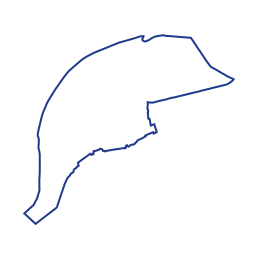 Duyen Hai, Trà Vinh, Vietnam, rotated 177°
{"feature_id": "81297802B81116648730753", "entity_name": "Duyen Hai", "entity_type": "district", "adm_level": 2, "iso_a3": "VNM", "parent_name": "Vietnam", "parent_adm1": "Trà Vinh", "projection": "mercator", "projection_center": [106.448, 9.668], "detail": "fine", "context": "isolated", "style": "outline", "palette": "blue", "viewbox_px": 256, "rotation_deg": 177, "n_neighbors": 0, "source": "geoboundaries", "source_scale": "gbopen_adm2", "svg_char_len": 5303}
<svg xmlns="http://www.w3.org/2000/svg" viewBox="0 0 256 256"><g transform="rotate(177 128 128)"><path d="M102.7,121.1L102.3,121.3L101.7,121.4L101.2,121.6L100.9,121.7L100.5,121.9L100.3,122.0L100.0,122.2L99.8,122.3L99.9,122.5L100.0,122.9L100.0,123.0L99.6,123.2L99.6,123.3L99.7,123.5L99.9,124.2L100.1,124.9L100.2,125.2L100.5,126.2L100.7,126.7L100.8,127.4L101.0,127.9L101.1,128.3L101.2,129.0L101.3,129.4L101.5,130.1L101.5,130.3L102.1,130.3L103.1,130.0L103.5,129.8L104.2,129.5L105.0,129.2L105.3,130.8L105.4,131.7L105.5,132.3L105.7,133.4L105.8,134.7L106.0,135.8L106.0,136.0L106.3,136.1L106.6,136.0L106.9,136.1L107.1,136.2L107.3,136.4L107.3,136.6L107.3,137.1L107.2,138.0L107.2,138.6L107.2,139.1L107.3,139.6L107.3,140.1L107.4,140.8L107.4,141.2L107.5,141.8L107.5,142.1L107.5,142.3L107.4,142.4L107.2,142.5L107.0,142.8L107.0,143.0L107.0,143.3L107.0,143.7L107.1,143.9L107.1,144.2L107.1,144.4L107.0,144.6L107.2,144.9L107.3,145.1L107.4,145.3L107.4,145.5L107.3,146.0L107.4,146.3L107.6,146.5L107.6,146.8L107.6,147.1L107.5,147.3L107.5,147.6L107.4,148.0L107.2,148.9L107.2,149.2L107.2,149.4L107.2,149.6L107.1,149.9L107.1,150.1L107.0,150.3L106.9,150.5L106.9,150.8L107.0,151.2L107.0,151.4L107.0,151.7L107.0,151.9L106.9,152.1L106.9,152.5L106.9,152.8L106.5,152.7L105.2,152.4L103.8,152.1L102.7,152.1L102.0,152.0L99.2,152.6L94.6,153.5L92.2,153.9L88.1,154.6L86.4,155.1L82.5,155.9L80.4,156.1L76.9,156.8L71.3,157.8L62.6,159.5L58.3,160.2L53.5,161.2L52.6,161.4L49.9,161.9L45.9,162.7L44.3,162.9L42.6,163.4L40.3,163.8L31.9,165.4L29.7,165.8L27.8,166.1L26.7,166.5L24.1,167.8L22.5,168.8L21.4,169.7L20.5,170.5L20.0,171.2L21.6,172.1L23.0,172.8L26.2,174.5L29.5,176.7L34.5,179.9L36.3,181.2L38.2,182.4L40.6,183.8L42.0,184.7L42.4,185.1L43.5,186.8L45.8,190.3L49.0,195.6L51.9,200.5L55.0,205.5L58.0,210.8L60.5,214.8L85.6,218.1L88.1,218.8L92.2,218.4L96.1,217.9L99.5,216.5L102.8,214.6L105.9,213.5L107.4,213.7L108.9,214.9L109.1,216.1L107.8,218.2L107.7,218.9L109.2,218.9L112.0,218.7L115.9,217.5L122.8,215.9L132.9,213.6L150.7,207.4L158.1,204.9L165.4,201.5L170.5,198.6L183.9,188.2L186.5,185.4L189.5,181.9L198.4,170.6L204.5,161.9L207.5,157.2L212.3,147.4L213.6,143.6L217.2,131.7L218.5,126.4L218.5,125.0L217.7,122.0L217.7,119.9L218.5,112.4L217.9,110.3L217.5,106.2L218.4,88.9L219.3,80.6L219.7,70.4L222.4,62.6L226.3,56.1L236.0,48.1L228.5,40.4L225.3,37.1L203.3,52.3L203.0,53.0L201.5,56.8L200.0,60.6L198.5,64.5L196.9,68.4L195.3,72.5L194.2,75.3L194.1,75.5L194.0,75.8L193.4,76.8L192.7,78.1L192.4,78.7L192.1,79.4L191.5,80.5L191.2,80.9L191.1,81.2L190.4,81.9L190.2,82.1L190.0,82.3L189.6,82.7L189.2,83.0L188.9,83.2L188.8,83.4L188.6,83.5L188.4,83.9L187.8,84.7L187.6,85.0L187.4,85.3L187.3,85.5L187.1,85.6L186.8,85.8L186.5,85.9L185.9,86.2L185.6,86.3L185.4,86.4L185.1,86.6L185.0,86.8L184.8,86.9L184.7,87.2L184.7,87.6L184.5,88.2L184.4,88.7L184.3,88.9L184.2,89.1L184.0,89.3L183.8,89.6L183.5,89.9L183.3,90.0L182.5,90.4L182.3,90.5L182.1,90.6L181.9,90.8L181.7,91.1L181.2,91.7L181.1,91.9L180.9,92.0L180.7,92.2L180.5,92.3L180.2,92.4L179.9,92.5L179.3,92.7L179.6,95.2L179.8,96.0L178.7,96.7L177.7,97.3L176.8,98.0L175.0,99.1L173.3,100.2L171.6,101.3L168.2,103.5L167.2,104.2L166.8,103.6L166.7,103.5L166.5,103.4L166.0,103.1L165.9,103.1L165.7,103.3L165.6,103.5L165.4,103.7L165.2,103.5L165.0,103.4L164.9,103.4L164.9,103.6L164.9,103.8L164.7,103.9L164.1,103.6L163.9,103.7L163.8,103.8L163.8,104.0L164.0,104.5L164.0,104.8L163.9,105.1L163.7,105.3L163.7,105.5L163.6,105.9L163.6,106.2L163.6,106.6L163.5,106.8L163.4,106.8L163.2,106.6L162.9,106.5L162.7,106.5L162.1,106.7L161.4,107.0L160.7,107.2L160.4,107.1L160.2,107.1L159.9,107.3L159.7,107.5L159.3,107.5L159.1,107.6L158.9,107.7L158.8,107.8L158.6,107.8L158.3,107.9L158.1,107.9L157.8,108.0L157.5,108.2L157.3,108.4L157.2,108.6L156.8,108.7L156.7,108.7L156.4,108.5L156.2,108.5L155.6,108.4L155.4,108.3L155.2,108.2L154.9,108.0L154.8,107.8L154.6,107.7L154.5,107.4L154.4,107.2L154.2,106.8L154.2,106.5L154.1,106.4L153.9,106.3L153.2,106.1L152.4,105.9L152.2,105.9L152.3,106.1L152.2,106.2L151.6,106.3L150.7,106.3L150.1,106.4L149.9,106.4L148.9,106.5L148.1,106.6L146.3,106.8L145.8,106.8L145.5,106.9L144.6,107.0L142.8,107.2L141.1,107.4L139.3,107.5L137.5,107.7L135.8,107.9L132.8,108.2L132.5,108.2L132.3,108.3L132.2,108.3L132.1,108.2L132.1,107.9L131.9,107.9L131.7,108.0L131.4,108.1L131.4,108.3L131.3,108.6L131.3,108.9L131.2,109.2L131.2,109.4L131.1,109.7L130.9,109.9L130.9,110.0L131.0,110.2L131.0,110.3L130.9,110.4L130.7,110.4L130.5,110.5L130.4,110.6L130.2,110.7L130.2,110.4L130.1,110.2L129.8,110.1L129.7,110.1L129.4,109.9L129.1,109.9L128.9,109.7L128.7,109.4L128.4,109.3L128.1,109.5L127.5,110.0L127.3,110.1L127.1,110.2L127.0,110.4L126.8,110.5L126.5,110.7L126.3,110.9L125.9,111.0L125.6,111.1L125.4,111.2L125.1,111.2L124.7,111.2L124.4,111.1L123.9,111.1L123.6,111.1L123.4,111.2L123.1,111.3L122.8,111.5L122.4,111.8L122.2,111.8L121.9,112.0L121.8,112.4L121.7,112.4L121.1,112.8L120.9,113.0L120.6,113.4L120.4,113.5L120.1,113.7L119.9,113.9L119.7,114.1L119.4,114.6L119.3,114.8L119.3,115.0L119.2,115.1L118.9,115.2L118.3,115.5L117.7,115.7L116.4,116.2L115.7,116.5L114.7,116.9L113.7,117.3L112.8,117.8L111.0,118.7L110.8,118.8L110.8,119.0L110.9,119.3L111.0,119.6L110.3,119.9L107.6,120.9L107.0,121.1L106.0,121.5L105.6,121.6L104.4,122.1L103.9,122.2L103.4,122.4L103.1,122.5L103.1,122.4L103.0,122.0L102.9,121.7L102.7,121.1Z" fill="none" stroke="#1e3a8a" stroke-width="2"/></g></svg>